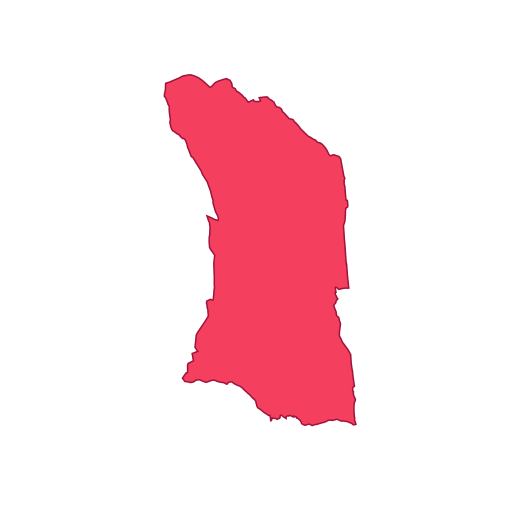 the district of Poienarii De Arges, Arges, Romania, rotated 246°
{"feature_id": "2599482B93022961694156", "entity_name": "Poienarii De Arges", "entity_type": "district", "adm_level": 2, "iso_a3": "ROU", "parent_name": "Romania", "parent_adm1": "Arges", "projection": "robinson", "projection_center": [24.518, 45.066], "detail": "fine", "context": "isolated", "style": "filled", "palette": "rose", "viewbox_px": 512, "rotation_deg": 246, "n_neighbors": 0, "source": "geoboundaries", "source_scale": "gbopen_adm2", "svg_char_len": 6019}
<svg xmlns="http://www.w3.org/2000/svg" viewBox="0 0 512 512"><g transform="rotate(246 256 256)"><path d="M380.7,338.6L382.3,337.7L382.8,336.8L384.0,335.5L385.5,335.1L389.5,334.9L392.3,333.3L393.1,332.6L393.9,332.0L395.0,331.6L396.2,331.3L396.6,331.1L397.3,329.8L399.4,323.3L396.0,323.3L396.0,321.5L396.9,319.3L398.0,317.6L398.7,317.2L399.7,317.2L399.7,311.4L405.0,310.3L405.7,309.6L409.1,308.6L409.9,308.0L411.9,307.2L413.3,306.3L413.6,305.7L414.0,305.4L414.6,305.5L415.7,305.1L417.2,305.1L417.6,304.9L419.3,303.4L420.3,303.1L422.9,303.9L423.7,304.0L425.8,303.9L427.3,303.6L427.9,303.0L428.8,301.9L429.3,301.9L430.0,301.3L430.6,298.0L431.1,293.1L431.1,289.9L430.3,287.5L429.3,285.4L428.7,282.9L428.8,282.4L429.4,282.2L430.1,282.0L436.5,279.2L439.4,277.7L442.4,275.8L446.1,272.4L448.1,270.0L449.1,267.2L450.2,262.0L449.9,258.1L450.1,247.0L450.5,244.3L450.4,243.6L445.2,241.1L443.0,239.7L440.7,237.9L439.0,237.2L437.0,237.9L435.4,237.7L431.9,237.6L430.6,237.3L429.9,237.4L428.2,237.6L427.4,237.4L425.8,236.5L421.0,234.8L415.2,233.2L413.5,231.8L412.0,231.3L410.8,231.3L409.7,230.8L406.0,230.5L404.2,230.9L402.0,232.4L399.3,233.9L398.3,234.9L394.7,236.0L393.1,236.8L392.8,237.7L390.9,238.6L386.1,238.4L382.9,237.7L381.3,237.7L373.2,237.3L370.8,238.7L369.7,238.6L355.8,240.5L352.4,240.3L343.8,241.6L333.3,240.8L328.8,239.9L324.3,239.4L322.0,238.3L314.3,237.2L312.0,237.1L307.9,237.3L306.0,237.1L303.9,235.7L306.6,232.7L308.9,230.9L312.6,227.5L309.9,227.3L308.5,227.0L307.2,227.1L304.8,226.9L303.6,226.4L302.3,226.2L299.9,225.2L294.0,222.2L293.2,221.5L289.5,219.6L286.8,218.5L282.5,217.0L281.4,217.2L279.7,217.3L278.3,217.7L273.4,218.6L271.8,217.6L266.7,214.6L260.6,212.1L254.1,209.5L246.1,205.9L244.5,205.5L242.2,204.0L240.6,203.1L239.5,202.6L234.7,199.8L233.5,199.0L233.2,198.5L235.0,196.7L235.0,196.2L234.9,195.4L234.9,194.6L234.9,194.0L234.8,192.6L232.6,191.4L231.9,191.6L231.5,191.5L230.3,190.9L228.1,190.3L226.1,190.1L225.3,189.7L220.8,188.1L219.9,187.2L217.0,182.9L209.8,171.4L208.1,169.3L197.3,163.1L192.6,164.0L192.9,158.0L185.7,156.2L185.5,150.4L184.2,149.1L177.4,146.1L177.6,144.5L174.3,139.1L170.3,140.0L168.7,142.6L167.4,144.2L166.7,145.7L166.4,148.2L167.0,150.8L165.9,154.0L161.2,158.5L160.8,159.6L160.4,164.7L160.4,165.1L160.3,165.6L159.5,167.3L158.7,168.3L157.2,169.6L156.5,170.4L154.1,173.8L153.7,174.4L153.7,174.7L153.6,174.9L152.6,175.7L151.2,176.7L150.8,177.2L150.7,177.8L150.8,178.0L151.2,178.5L151.5,178.9L151.6,179.3L151.7,179.9L151.6,180.6L151.1,182.0L150.9,182.4L150.6,182.8L148.0,184.3L147.5,184.7L144.9,187.0L144.0,188.0L143.2,188.6L141.8,189.4L140.7,190.0L138.6,190.7L136.0,191.9L133.7,192.8L131.6,193.9L129.6,194.5L127.7,195.1L126.8,195.7L126.1,195.9L125.5,196.2L124.2,196.6L123.4,196.7L123.0,196.7L122.1,196.3L120.4,196.2L118.8,195.8L117.3,195.8L116.4,196.0L115.1,196.8L113.6,197.9L111.8,198.7L110.7,199.3L109.8,199.6L107.4,201.4L105.2,202.6L104.7,204.0L99.5,202.5L99.6,203.2L100.1,203.9L101.5,204.6L101.6,204.8L101.2,205.2L100.8,205.8L100.6,206.2L100.2,206.6L99.8,207.7L99.6,207.9L98.5,208.6L98.2,208.9L98.3,210.6L98.1,211.4L98.2,211.6L98.5,211.9L98.8,212.4L99.0,212.6L99.6,212.7L100.4,213.2L100.6,213.5L100.6,213.9L100.3,214.4L98.2,215.5L95.3,217.4L97.0,218.2L97.0,218.6L97.2,219.6L96.8,220.3L96.5,220.8L96.6,221.4L96.6,221.6L96.1,222.7L95.4,223.3L94.9,223.7L94.0,224.2L93.9,224.4L93.9,224.7L94.5,225.1L94.5,225.3L94.3,225.5L93.9,225.3L93.5,225.3L93.4,225.5L93.5,226.2L93.5,226.4L93.2,226.9L92.9,227.2L92.5,227.3L91.9,227.2L91.4,227.2L91.2,227.5L91.2,227.9L90.5,228.4L90.3,228.5L89.7,228.5L88.3,229.2L87.9,229.3L87.4,229.6L86.5,229.6L85.7,229.8L85.2,229.6L84.5,229.5L84.2,229.6L83.4,230.1L82.7,230.6L81.6,231.8L81.3,232.2L81.2,232.8L81.3,233.7L80.7,236.3L80.5,236.7L80.0,237.1L78.4,238.1L78.2,238.3L78.3,238.8L78.0,240.5L78.0,241.5L77.9,242.0L77.5,242.7L77.3,243.5L77.3,244.2L77.2,245.0L77.2,245.7L77.0,246.3L76.8,248.6L76.5,249.5L76.2,253.0L76.2,253.3L76.5,253.8L76.4,255.7L76.1,256.6L75.8,257.0L75.5,257.7L74.8,258.7L74.7,259.1L74.6,260.1L74.2,261.4L74.2,262.6L73.9,263.3L73.7,263.7L73.3,264.3L72.0,265.3L71.3,265.9L70.5,266.9L69.9,268.2L69.8,268.8L68.2,271.0L67.5,272.2L67.1,272.6L66.8,273.1L66.2,273.3L65.6,273.7L65.2,274.4L64.9,274.8L64.4,275.2L62.8,275.9L62.2,276.3L62.0,276.6L61.5,278.8L63.2,279.1L66.1,279.3L66.4,279.4L66.9,279.8L67.4,280.1L70.0,280.8L74.7,282.5L80.0,284.9L80.8,285.5L82.2,286.3L83.2,287.6L83.6,287.9L84.2,288.1L84.8,288.6L87.2,288.5L89.5,288.6L90.0,288.7L90.9,289.2L91.6,289.4L92.5,289.9L92.9,289.9L93.5,289.6L93.8,289.6L94.6,289.9L96.2,290.8L96.6,291.1L96.8,291.6L96.8,292.7L97.1,293.1L99.5,293.6L102.4,294.5L104.8,295.1L107.9,296.1L109.0,296.4L111.1,297.2L113.6,297.7L119.7,299.5L126.7,302.1L127.3,302.4L132.6,302.0L141.9,300.0L143.0,299.7L144.0,300.0L149.2,299.7L152.6,301.3L153.8,302.1L154.1,302.2L157.2,304.1L157.5,304.3L159.0,305.3L159.7,305.6L161.8,305.9L163.3,305.9L165.1,306.4L166.1,306.6L166.7,306.4L168.2,305.5L169.0,305.4L170.7,306.0L171.5,306.1L172.6,306.5L174.7,306.5L179.1,306.8L179.3,307.0L181.0,310.1L182.1,310.6L182.3,310.8L183.5,313.3L185.2,312.7L185.4,313.1L185.6,313.1L188.2,312.9L190.5,313.4L190.3,314.4L191.9,314.7L195.1,315.7L195.0,316.0L194.8,316.4L194.1,317.1L193.5,317.4L192.8,317.5L192.0,317.9L191.8,318.3L191.6,318.8L191.5,319.0L191.5,319.4L191.7,320.1L191.3,320.7L191.2,321.5L190.5,324.1L188.9,327.7L201.0,331.6L211.8,335.5L211.9,335.2L217.6,337.2L227.3,340.8L235.5,343.6L248.2,348.3L250.6,350.5L251.6,351.3L256.2,353.9L261.2,356.3L263.1,357.5L263.5,359.6L264.7,360.4L269.6,362.1L270.7,361.0L283.9,365.6L285.5,365.7L289.2,367.2L290.6,368.6L291.5,368.8L293.0,368.7L310.6,372.9L311.3,372.7L313.3,372.2L317.1,367.9L317.1,365.5L317.6,364.5L319.1,363.9L323.6,363.8L326.5,363.4L330.2,362.3L332.4,361.2L333.6,360.3L334.6,358.6L335.5,358.2L337.5,357.6L339.6,355.7L341.9,354.3L344.1,352.5L346.2,351.6L353.7,348.6L358.5,347.5L359.5,347.2L360.7,346.5L361.4,346.6L362.7,345.8L363.7,345.5L365.2,345.4L365.9,345.0L367.9,342.2L375.2,339.8L376.1,339.3L377.2,339.0L379.8,339.0L380.7,338.6Z" fill="#f43f5e" stroke="#9f1239" stroke-width="1.5"/></g></svg>